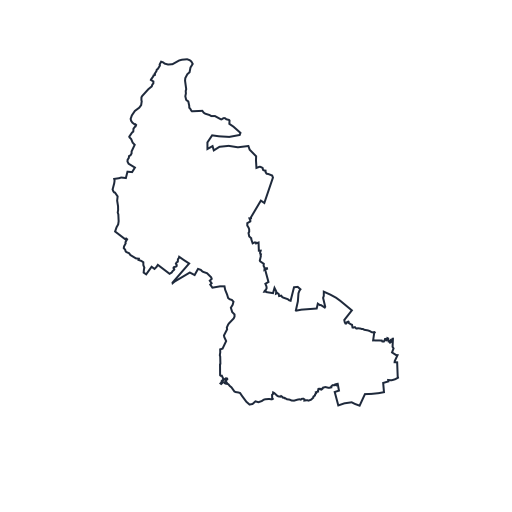 the district of Marca, Salaj, Romania, rotated 123°
{"feature_id": "2599482B92628327794320", "entity_name": "Marca", "entity_type": "district", "adm_level": 2, "iso_a3": "ROU", "parent_name": "Romania", "parent_adm1": "Salaj", "projection": "natural_earth1", "projection_center": [22.563, 47.243], "detail": "fine", "context": "isolated", "style": "outline", "palette": "slate", "viewbox_px": 512, "rotation_deg": 123, "n_neighbors": 0, "source": "geoboundaries", "source_scale": "gbopen_adm2", "svg_char_len": 6129}
<svg xmlns="http://www.w3.org/2000/svg" viewBox="0 0 512 512"><g transform="rotate(123 256 256)"><path d="M312.2,387.5L313.2,374.5L312.1,374.4L312.2,373.2L315.5,373.0L316.4,372.2L319.8,371.9L321.4,371.2L322.0,369.1L323.0,368.0L323.3,367.0L322.8,363.9L323.6,361.9L323.4,355.4L322.1,352.8L323.3,352.4L322.6,349.6L322.6,347.1L325.0,345.5L326.7,343.2L327.8,342.9L331.1,341.2L331.2,338.1L321.9,337.7L322.1,334.1L319.4,333.5L316.9,333.5L318.0,318.8L315.8,317.7L314.1,317.7L312.3,317.2L311.6,317.3L311.0,318.7L310.2,318.8L308.2,317.2L307.6,317.1L306.7,317.6L306.1,319.0L304.6,319.1L303.3,318.5L301.3,319.7L299.7,319.6L298.5,320.0L298.7,314.5L298.7,308.0L323.8,311.5L324.2,311.1L321.7,310.3L305.9,302.5L305.4,297.1L298.4,297.6L297.7,294.7L298.1,293.1L298.1,291.7L297.1,287.7L298.3,282.0L299.3,280.7L301.9,281.3L303.0,278.4L304.9,278.8L306.3,275.3L300.9,269.5L298.6,265.9L301.1,263.5L304.1,259.2L306.4,256.5L306.6,254.6L306.0,252.3L306.6,250.0L309.6,249.0L313.1,248.9L316.0,245.4L316.7,242.2L318.5,241.0L320.5,240.7L327.4,242.0L328.9,242.0L331.9,241.5L333.2,240.3L340.1,239.6L341.3,238.4L343.6,234.7L351.9,233.6L353.8,235.2L356.3,233.5L358.9,232.3L359.9,231.2L365.9,227.1L366.4,227.2L375.5,221.2L375.7,220.4L375.0,219.5L377.1,216.1L379.5,216.7L380.8,216.1L382.2,216.4L382.3,215.5L380.7,215.1L379.7,215.1L379.3,216.0L377.8,215.8L374.9,214.6L374.5,213.5L374.9,213.0L377.3,213.4L379.4,213.3L379.7,213.0L379.4,211.3L378.9,210.9L378.3,211.2L378.8,210.0L378.6,209.3L379.3,207.2L379.5,205.1L381.4,200.3L381.2,199.0L380.0,196.3L379.6,194.7L380.9,191.7L383.5,184.7L384.1,180.5L382.0,178.3L378.2,177.3L377.3,174.3L374.4,172.1L372.4,171.3L371.2,170.3L368.8,167.2L367.7,164.8L367.0,164.2L366.7,164.1L366.4,165.0L363.7,166.9L362.6,166.6L361.1,167.3L361.0,166.0L361.7,161.8L361.5,160.7L360.6,158.8L359.8,158.7L359.8,157.2L360.2,156.5L359.6,155.2L359.7,154.7L359.4,154.6L359.3,152.0L358.2,149.7L357.8,147.4L356.6,145.3L353.8,142.9L352.5,141.5L352.1,140.2L351.0,139.9L349.9,138.6L349.9,137.2L350.9,136.7L349.1,134.6L348.7,133.2L346.6,131.6L343.6,130.8L342.6,131.3L340.9,130.6L339.9,131.1L338.4,130.8L337.7,131.6L335.9,130.1L334.9,130.9L334.0,130.7L333.5,131.2L332.9,130.8L332.7,129.8L332.1,129.3L332.6,128.6L332.5,128.4L330.9,127.9L329.9,128.1L328.1,126.4L327.1,123.5L326.2,122.2L325.5,122.0L325.1,121.3L324.1,121.8L322.9,121.5L322.3,121.1L322.0,120.2L321.4,119.6L320.8,119.8L320.4,119.5L320.6,118.5L319.5,118.7L318.7,117.9L323.7,113.1L327.2,115.9L336.5,105.6L331.4,101.6L326.6,96.1L326.2,92.5L325.1,87.6L312.5,89.4L308.8,84.1L304.2,78.4L300.5,74.5L293.2,80.2L289.1,76.7L288.0,77.6L286.6,74.9L285.5,73.8L283.6,72.2L280.7,70.6L279.8,71.6L268.3,79.7L269.6,81.9L268.6,82.4L262.1,83.3L262.8,84.7L262.8,89.4L258.6,90.3L257.8,92.0L250.8,96.1L251.1,96.5L252.2,96.4L254.2,95.8L255.7,96.4L255.5,97.1L253.9,96.7L253.5,97.0L253.4,97.3L254.4,97.3L255.0,97.6L255.4,98.4L254.7,98.9L254.5,99.4L253.2,100.2L253.3,101.0L254.6,100.3L255.7,100.8L254.9,102.1L255.4,102.6L256.1,102.3L258.1,102.2L258.9,103.5L258.4,104.5L263.0,111.8L256.3,114.9L255.4,114.8L255.3,115.2L256.6,116.7L256.9,117.6L257.0,119.7L257.5,121.7L258.9,125.0L259.0,126.6L259.7,127.7L259.9,128.7L261.1,131.2L261.9,131.8L262.2,132.5L261.8,134.3L263.1,135.4L263.4,136.1L261.4,138.0L261.6,138.9L261.7,141.9L260.8,142.4L260.7,142.8L261.8,143.6L263.7,143.7L263.9,144.2L263.2,145.5L261.6,147.1L249.4,146.0L247.7,160.8L247.4,166.1L247.9,172.5L249.0,179.7L252.6,177.4L254.6,176.9L260.9,170.3L261.8,170.3L261.8,174.8L262.4,175.8L262.3,178.2L267.0,176.5L276.2,188.6L280.0,192.6L280.0,192.9L271.2,196.2L264.1,200.1L261.3,200.7L259.7,200.6L259.2,204.2L261.5,207.1L274.7,202.6L275.1,204.2L274.9,205.8L276.1,210.7L276.1,211.9L275.5,213.2L277.0,214.8L275.6,216.1L275.4,217.9L276.7,218.7L274.7,219.7L272.7,223.1L277.9,221.5L280.6,227.6L280.4,228.0L280.6,228.6L281.4,229.6L280.5,229.7L278.7,229.3L277.1,229.6L275.8,230.7L274.2,233.0L271.0,231.4L262.3,241.1L260.7,239.8L260.3,240.2L261.4,241.5L262.4,241.7L261.3,242.3L260.1,244.3L258.3,245.2L258.2,249.6L257.8,250.3L253.4,251.9L252.9,252.5L251.8,252.8L251.8,253.7L251.0,254.4L249.0,255.0L250.0,256.5L243.3,261.2L245.4,262.8L244.8,263.5L245.3,264.5L247.2,265.7L244.7,268.9L243.7,269.7L243.3,272.3L240.8,274.8L239.4,274.9L237.3,276.3L236.3,277.6L235.2,279.9L233.2,281.2L230.1,279.6L229.6,279.8L228.0,282.0L227.1,280.7L226.2,281.3L206.9,282.1L207.0,277.9L181.0,284.5L179.7,286.3L180.5,290.2L181.2,291.9L180.6,293.4L179.2,294.5L179.8,295.5L179.9,297.1L178.6,298.3L178.6,299.4L178.9,301.1L179.3,301.7L181.9,303.6L175.8,308.1L172.3,310.2L170.3,319.2L167.9,322.3L174.7,330.4L178.5,338.9L184.3,346.1L190.4,348.9L187.5,352.3L192.7,355.0L187.2,358.6L178.7,358.5L175.7,352.1L170.7,343.3L163.4,335.6L161.2,336.1L159.8,345.4L159.7,350.3L156.8,352.0L156.6,352.8L157.5,355.4L157.3,356.8L157.5,357.5L158.2,358.4L160.2,359.3L160.5,360.0L161.0,366.6L163.0,369.7L163.1,371.8L164.3,376.1L164.3,377.9L163.5,380.1L169.5,388.5L169.3,389.5L168.3,391.4L168.0,392.7L166.4,393.8L163.4,396.8L163.2,397.3L163.2,399.1L162.9,399.8L160.5,402.3L157.9,403.3L155.9,404.8L154.1,405.4L147.6,411.0L145.3,412.2L140.9,412.6L138.1,411.8L133.6,413.6L129.4,413.7L128.4,415.5L128.0,416.7L127.9,418.3L128.5,420.9L131.7,425.0L133.8,426.9L140.6,430.5L143.3,434.0L144.4,437.4L144.2,439.3L144.7,441.4L147.9,441.1L148.7,440.3L152.5,440.2L153.8,440.7L155.2,440.2L158.4,440.2L158.5,439.8L159.2,439.4L160.4,440.3L161.3,440.0L165.3,440.2L165.6,440.1L165.5,437.1L167.2,436.1L168.7,436.3L170.5,435.8L174.6,437.1L183.8,438.6L185.3,438.5L187.7,437.0L188.5,436.1L192.0,434.5L195.2,434.7L200.3,436.6L205.7,436.7L209.3,435.8L210.6,434.4L211.5,432.3L211.7,429.4L211.2,429.0L211.4,427.9L213.0,427.6L213.5,427.9L215.9,428.1L218.5,426.7L220.0,427.2L224.9,427.3L225.4,426.7L225.9,424.4L228.1,421.2L228.8,418.3L236.0,417.3L237.8,416.2L239.9,416.1L241.4,416.9L243.0,416.1L245.2,416.1L246.8,415.2L248.0,413.1L247.8,405.7L253.1,405.6L255.3,409.7L261.5,407.6L263.6,411.8L265.3,413.2L268.6,416.9L269.9,415.6L272.3,414.5L278.3,412.5L279.5,410.8L279.9,409.6L279.6,408.8L281.4,404.5L285.2,402.6L289.4,398.8L292.5,396.7L294.9,395.6L296.1,394.1L301.7,390.1L304.6,388.8L307.9,388.6L312.2,387.5Z" fill="none" stroke="#1e293b" stroke-width="2"/></g></svg>